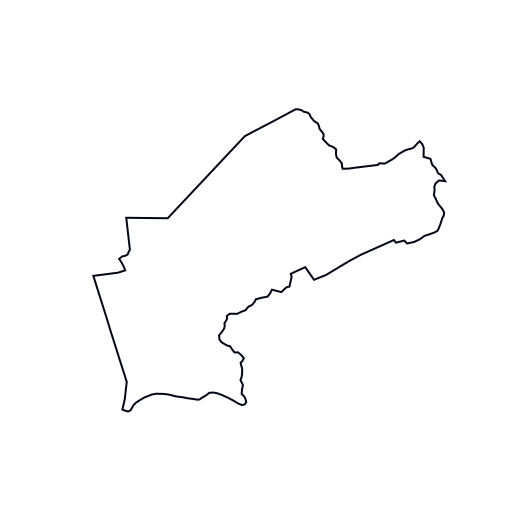 outline of São Gonçalo do Amarante, Ceará, Brazil, rotated 142°
{"feature_id": "56859067B19519417683634", "entity_name": "São Gonçalo do Amarante", "entity_type": "district", "adm_level": 2, "iso_a3": "BRA", "parent_name": "Brazil", "parent_adm1": "Ceará", "projection": "natural_earth1", "projection_center": [-39.073, -3.592], "detail": "fine", "context": "isolated", "style": "outline", "palette": "ink", "viewbox_px": 512, "rotation_deg": 142, "n_neighbors": 0, "source": "geoboundaries", "source_scale": "gbopen_adm2", "svg_char_len": 2656}
<svg xmlns="http://www.w3.org/2000/svg" viewBox="0 0 512 512"><g transform="rotate(142 256 256)"><path d="M455.9,217.2L454.0,214.2L452.5,212.2L449.9,211.6L447.5,212.6L444.4,213.9L441.0,214.3L438.0,214.1L433.6,213.6L430.1,213.0L427.0,212.0L423.4,211.0L419.6,209.0L417.7,207.5L414.8,205.1L412.9,203.4L410.9,201.4L408.4,198.5L406.0,195.2L404.0,193.1L402.0,191.1L400.0,189.0L397.2,185.7L392.8,181.3L390.9,179.1L388.8,177.7L386.1,177.6L383.3,177.2L380.7,176.9L377.2,177.0L373.7,174.7L371.2,171.9L368.6,167.8L365.1,161.0L362.8,155.9L361.0,151.0L358.8,147.1L356.0,146.0L353.6,146.9L352.1,150.5L351.8,153.1L352.2,156.2L349.0,159.6L345.7,162.4L344.6,167.8L342.2,169.2L339.8,171.4L336.3,175.6L335.1,178.7L333.9,181.3L331.1,181.7L328.5,183.0L328.6,186.9L329.4,191.0L332.3,193.3L332.3,197.5L332.0,200.8L334.0,203.5L335.0,205.9L336.2,209.2L336.2,212.7L334.0,216.2L329.2,217.3L325.7,218.5L323.6,220.2L322.2,222.5L319.8,223.3L317.3,224.4L315.9,226.7L312.4,226.7L309.8,224.8L306.6,222.1L301.6,221.0L297.7,219.7L294.3,220.6L292.0,220.5L289.3,219.8L285.5,220.7L282.6,222.0L279.8,220.7L277.4,219.7L274.5,218.2L271.9,216.9L268.1,217.8L264.2,219.7L258.3,212.0L251.4,212.6L248.4,211.3L246.2,213.2L243.3,215.5L240.6,217.9L239.6,220.5L235.8,219.7L231.6,218.7L228.6,218.0L224.1,216.9L224.9,201.5L212.3,197.9L198.2,196.2L186.1,194.7L172.9,192.5L137.5,183.7L137.5,180.3L129.6,176.9L129.3,172.9L123.0,169.8L117.4,168.5L115.1,168.2L111.1,168.2L108.1,167.1L105.6,166.2L100.3,164.5L97.2,164.1L91.5,167.3L85.8,171.2L83.3,172.2L81.1,174.2L80.2,178.4L80.3,181.1L80.4,185.3L79.2,190.1L78.4,194.4L74.5,198.2L73.0,200.7L69.7,202.7L65.2,202.8L60.9,198.5L60.3,206.1L61.6,209.0L60.3,214.2L61.0,219.2L59.9,222.3L58.7,225.1L60.5,227.6L62.9,231.0L60.9,233.4L57.3,237.9L56.1,241.8L56.4,245.6L59.5,245.4L62.3,244.8L64.9,244.5L67.5,245.0L70.4,246.4L74.2,247.6L78.1,248.1L80.6,248.5L83.0,248.3L86.8,248.1L89.7,248.3L92.1,248.7L94.8,249.1L97.8,249.6L99.6,251.3L101.6,253.0L104.0,252.8L124.4,265.1L128.7,267.5L134.0,271.4L132.9,273.9L131.4,275.9L131.3,279.5L131.8,283.9L130.1,287.3L127.2,290.7L128.1,294.5L130.4,298.3L130.7,301.2L131.0,304.0L131.3,307.1L129.1,308.7L127.6,310.7L127.6,313.8L127.6,317.2L126.4,319.6L125.7,322.3L127.1,326.4L127.3,331.4L126.5,335.3L127.4,337.7L129.6,340.4L130.5,343.1L132.3,345.4L134.3,347.2L158.5,351.4L182.3,355.8L191.1,357.3L214.6,353.7L302.3,340.1L334.7,366.0L351.5,338.6L353.8,337.6L356.5,336.2L359.2,336.8L361.6,338.0L365.6,338.0L365.8,334.9L366.2,332.0L366.8,329.1L367.9,325.2L375.0,327.8L396.4,340.5L412.9,296.4L417.5,284.5L418.8,280.9L428.1,256.0L432.7,243.5L435.4,236.3L439.7,232.0L447.4,224.1L455.9,217.2Z" fill="none" stroke="#020617" stroke-width="2"/></g></svg>